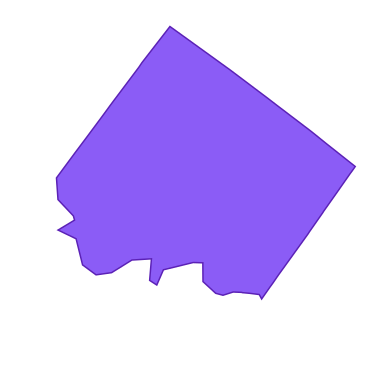 Jackson, Missouri, United States of America, rotated 215°
{"feature_id": "52423323B46140943178406", "entity_name": "Jackson", "entity_type": "district", "adm_level": 2, "iso_a3": "USA", "parent_name": "United States of America", "parent_adm1": "Missouri", "projection": "albers", "projection_center": [-94.442, 39.035], "detail": "fine", "context": "isolated", "style": "filled", "palette": "violet", "viewbox_px": 384, "rotation_deg": 215, "n_neighbors": 0, "source": "geoboundaries", "source_scale": "gbopen_adm2", "svg_char_len": 925}
<svg xmlns="http://www.w3.org/2000/svg" viewBox="0 0 384 384"><g transform="rotate(215 192 192)"><path d="M72.9,306.5L109.9,308.7L128.9,310.0L171.9,311.7L183.0,312.2L232.2,313.9L234.3,313.9L305.0,314.9L307.2,269.3L307.1,263.6L308.5,222.0L308.7,214.9L308.7,214.2L308.9,204.1L309.7,175.2L310.3,157.3L311.1,125.8L297.4,108.9L275.5,104.4L272.1,101.6L279.9,84.0L260.1,87.2L239.8,69.5L223.1,69.1L211.6,79.8L202.2,101.8L186.9,114.0L176.0,95.3L167.5,95.6L170.8,111.9L150.6,134.9L142.5,140.2L131.6,124.9L114.5,122.6L107.4,125.2L100.9,133.7L93.7,138.3L93.1,138.4L87.0,141.9L78.1,146.6L73.6,144.3L73.6,158.8L73.5,163.7L73.6,173.4L73.4,186.2L73.4,186.6L73.1,208.7L72.9,224.5L73.0,226.4L73.0,239.8L73.0,248.8L73.0,250.0L73.1,251.6L73.1,251.9L73.1,253.0L73.0,275.2L73.0,279.9L73.0,281.3L73.0,284.2L73.0,293.1L73.0,293.8L73.0,294.3L73.0,294.6L73.0,298.0L72.9,301.8L72.9,306.5Z" fill="#8b5cf6" stroke="#5b21b6" stroke-width="1.5"/></g></svg>